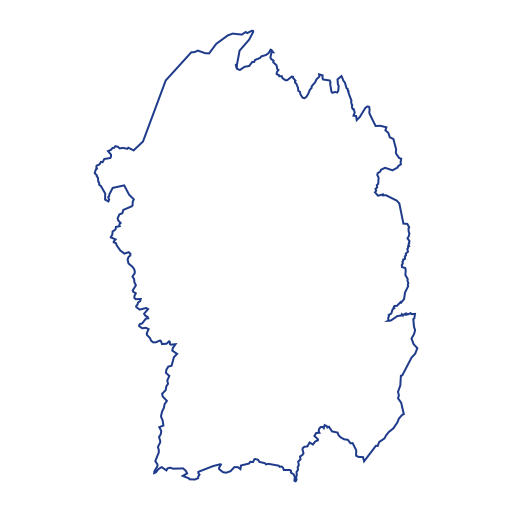 Ullensaker nor, Akershus, Norway (Mercator projection)
{"feature_id": "86288312B44440966574319", "entity_name": "Ullensaker nor", "entity_type": "district", "adm_level": 2, "iso_a3": "NOR", "parent_name": "Norway", "parent_adm1": "Akershus", "projection": "mercator", "projection_center": [11.196, 60.154], "detail": "fine", "context": "isolated", "style": "outline", "palette": "blue", "viewbox_px": 512, "rotation_deg": 0, "n_neighbors": 0, "source": "geoboundaries", "source_scale": "gbopen_adm2", "svg_char_len": 6019}
<svg xmlns="http://www.w3.org/2000/svg" viewBox="0 0 512 512"><path d="M154.2,473.1L155.9,472.3L158.5,469.0L161.7,467.1L166.4,470.4L167.5,468.4L170.2,467.7L173.2,468.7L183.1,468.4L185.8,470.8L187.1,473.4L182.8,475.9L189.0,478.4L189.5,479.3L194.9,479.5L198.1,478.2L198.3,476.4L199.5,474.7L198.3,473.1L198.4,471.8L213.3,466.0L220.5,464.2L220.9,464.5L219.0,467.9L219.2,469.2L223.0,472.2L226.2,472.7L230.5,471.2L234.4,467.1L237.9,467.2L240.4,469.1L241.0,465.5L249.1,463.5L250.2,461.8L253.0,462.1L254.3,459.4L255.1,459.0L258.1,459.8L259.4,461.9L264.9,463.2L266.1,464.4L268.3,463.8L278.8,465.7L279.6,466.8L281.7,466.5L283.1,467.9L283.8,470.0L290.0,470.0L291.0,470.8L290.9,472.6L293.7,474.4L294.8,477.1L294.4,480.7L295.6,481.3L296.5,479.8L296.1,477.2L296.8,475.2L296.5,472.0L298.0,469.8L297.7,467.2L298.8,465.2L298.2,461.5L300.5,459.5L300.0,456.5L302.5,454.9L303.5,453.3L302.5,449.6L302.7,448.2L304.3,446.8L307.4,446.4L309.6,442.5L312.9,444.5L315.2,441.5L317.9,440.3L318.0,439.4L314.4,435.9L316.2,433.0L319.4,432.8L318.7,431.3L319.0,429.2L320.5,427.1L322.8,426.9L323.8,428.1L324.7,425.1L326.8,426.2L327.4,427.5L328.9,426.7L332.0,431.4L337.6,432.6L338.5,435.1L340.4,437.2L344.1,439.3L347.8,439.8L350.5,443.3L352.6,443.1L356.2,450.2L356.1,455.7L358.4,456.9L363.0,457.1L364.1,461.3L375.9,445.8L377.7,445.9L379.2,442.0L384.6,438.3L386.0,435.5L388.6,432.2L393.3,428.4L397.3,422.6L398.9,418.6L402.1,414.9L403.8,414.2L401.2,402.8L398.0,398.2L398.9,395.5L398.0,391.8L400.3,385.5L400.9,375.8L402.3,375.3L411.6,357.5L415.2,353.7L417.3,348.2L413.6,344.1L411.5,338.5L414.0,334.2L415.1,330.3L414.0,326.7L413.3,319.1L414.3,318.4L415.0,313.9L411.3,314.1L410.6,313.1L407.9,314.4L406.2,313.4L405.4,313.7L405.8,314.7L402.8,314.6L402.7,315.3L401.8,314.3L401.4,315.5L397.5,316.0L390.7,320.6L387.8,320.8L388.4,320.4L388.2,318.0L389.0,315.8L388.7,315.0L391.3,313.5L392.5,309.6L394.2,308.2L393.5,307.8L394.4,306.0L397.0,305.8L400.7,302.0L401.2,302.6L404.1,299.0L405.0,292.5L408.1,286.3L407.8,284.4L408.4,283.1L407.5,281.0L407.7,279.0L405.4,275.1L405.7,270.1L405.2,268.0L402.0,267.1L401.8,264.8L402.8,263.4L402.5,261.4L403.3,260.7L403.2,259.5L405.1,258.8L404.8,256.4L406.0,255.4L405.7,253.7L408.0,251.7L407.3,249.0L408.2,247.8L408.0,246.4L409.1,246.1L408.5,244.2L409.3,243.3L409.0,242.3L409.5,241.1L407.5,238.4L408.7,236.4L409.4,233.4L408.7,231.8L408.5,228.4L409.2,227.3L407.3,223.9L403.4,223.6L399.3,203.4L396.7,200.6L385.9,195.2L382.9,195.4L382.9,194.4L378.0,195.7L375.0,192.3L376.2,190.7L375.5,188.9L377.2,187.4L376.8,185.1L378.2,183.8L378.6,177.7L377.3,175.0L377.6,173.3L380.3,171.5L380.9,169.8L385.1,167.8L392.5,170.3L397.6,167.5L398.1,166.2L400.9,164.3L400.6,162.4L401.2,158.7L399.2,158.1L396.2,153.8L395.8,152.3L396.2,149.6L393.4,139.0L389.8,137.3L388.3,132.8L385.4,130.3L386.4,127.3L380.4,125.8L375.6,126.0L369.7,114.0L369.3,112.6L369.6,109.6L369.2,106.9L367.6,106.4L365.4,107.8L359.8,117.0L356.7,120.1L356.1,116.0L353.5,115.7L354.7,112.4L353.7,109.1L352.8,109.1L351.9,107.2L352.2,104.9L351.7,104.5L351.1,101.7L351.5,100.7L348.8,93.6L348.2,91.5L348.5,91.2L347.6,89.9L347.8,89.1L346.5,88.1L344.9,82.6L343.6,81.0L341.5,76.1L337.5,79.4L337.9,84.2L338.7,86.1L338.2,90.9L337.1,92.5L335.0,92.0L332.4,92.8L331.5,91.9L330.1,83.6L330.5,82.5L329.8,80.5L323.1,79.5L322.5,78.4L322.6,75.4L319.1,74.3L319.4,76.6L316.5,79.3L315.2,82.2L311.7,86.3L311.5,88.1L309.9,89.7L308.1,94.1L306.3,96.9L304.5,98.2L302.6,97.7L300.4,94.3L299.9,91.8L298.3,90.8L297.9,87.5L296.2,83.5L295.1,82.7L295.0,81.3L295.5,80.7L293.1,78.0L293.1,76.9L291.9,76.5L287.2,80.2L285.4,80.2L282.3,78.0L281.8,76.2L279.2,76.2L278.9,75.1L276.7,74.2L276.8,72.2L278.4,70.0L277.4,69.3L276.5,65.3L273.2,62.2L273.6,60.7L271.2,59.1L270.4,57.5L271.6,52.0L273.1,52.2L271.4,49.9L270.5,49.7L268.8,52.9L266.0,55.0L261.3,56.4L260.0,58.0L255.1,59.9L254.2,61.9L252.2,62.0L249.2,66.0L244.5,66.8L239.9,70.0L236.8,68.7L236.9,66.7L236.2,66.8L235.9,64.9L236.9,64.9L239.6,50.6L249.1,39.7L253.1,32.1L253.2,31.1L252.0,30.7L247.2,33.1L245.7,32.0L241.8,34.6L232.7,33.6L227.8,35.4L216.3,43.8L209.1,53.4L205.1,53.2L197.9,50.6L194.6,52.1L191.3,52.3L165.7,80.5L143.0,141.5L133.6,150.4L128.3,147.7L127.3,148.8L123.1,147.9L119.7,148.4L117.9,146.8L115.4,146.2L114.2,147.8L112.5,148.0L110.9,149.9L108.0,151.1L111.0,154.6L111.0,156.6L110.3,158.0L104.3,159.0L102.6,162.2L100.9,161.9L99.4,164.5L96.7,165.6L96.3,166.9L97.0,168.7L96.0,169.1L94.7,173.1L96.8,175.3L96.7,176.1L97.9,177.7L98.3,181.7L99.1,182.7L99.2,184.7L101.0,186.2L105.2,193.5L105.1,199.6L108.4,201.4L109.1,199.5L108.2,197.1L109.1,196.3L109.3,194.5L112.7,187.9L124.2,185.4L129.1,194.7L133.8,199.3L132.7,201.8L132.6,205.2L131.9,206.2L123.3,209.9L122.3,213.3L119.5,214.3L117.6,218.3L118.2,220.4L120.6,223.0L119.6,223.8L119.3,225.2L119.7,226.2L115.9,226.9L115.7,228.9L115.0,229.9L112.6,231.5L112.3,234.6L110.8,237.4L115.6,239.4L113.7,241.6L113.7,242.3L116.0,243.2L116.7,245.4L120.3,250.5L124.4,253.6L128.7,252.2L130.5,253.9L130.3,255.5L128.7,256.8L127.6,259.4L128.5,263.5L132.2,266.5L134.1,269.1L134.8,271.3L134.7,273.2L132.5,276.5L134.1,279.1L134.4,282.2L135.9,285.3L132.7,290.5L133.2,291.7L135.8,293.3L134.4,296.0L134.3,297.8L135.7,299.2L140.7,299.0L140.2,301.1L138.0,302.6L137.5,304.6L136.2,305.9L136.3,307.1L139.7,309.6L146.2,308.0L148.1,309.1L144.1,313.7L144.9,315.3L147.7,317.0L148.2,318.3L145.9,318.6L142.1,323.5L140.0,324.0L139.1,325.2L139.2,326.2L142.3,328.3L145.8,327.8L148.6,329.1L146.7,333.4L147.0,335.0L150.0,338.1L151.1,340.7L153.1,342.3L155.8,342.3L160.1,340.5L161.0,341.2L162.0,344.1L166.6,343.7L169.1,341.3L169.8,341.8L169.9,344.0L170.8,344.7L175.5,344.2L172.8,348.1L172.3,350.6L177.1,353.9L173.9,357.2L171.6,365.7L168.3,366.6L166.4,369.7L165.9,372.8L169.3,375.9L167.3,380.5L168.0,383.8L166.3,386.4L165.7,390.1L162.1,393.8L162.7,396.5L166.9,400.9L164.5,404.3L164.0,407.6L162.1,411.5L161.1,415.6L161.1,416.9L162.6,420.3L163.4,425.5L159.3,427.2L161.3,431.0L160.7,434.4L159.0,437.0L160.2,440.8L160.2,442.4L157.9,447.0L158.8,450.1L158.8,452.4L155.3,461.1L157.5,464.5L157.5,466.0L154.4,471.3L154.2,473.1Z" fill="none" stroke="#1e3a8a" stroke-width="2"/></svg>